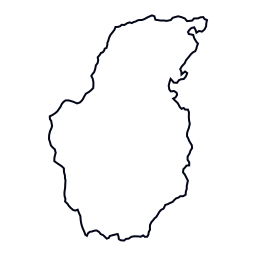 the district of Pouso Alegre, Minas Gerais, Brazil
{"feature_id": "56859067B30504998341327", "entity_name": "Pouso Alegre", "entity_type": "district", "adm_level": 2, "iso_a3": "BRA", "parent_name": "Brazil", "parent_adm1": "Minas Gerais", "projection": "robinson", "projection_center": [-45.929, -22.262], "detail": "fine", "context": "isolated", "style": "outline", "palette": "ink", "viewbox_px": 256, "rotation_deg": 0, "n_neighbors": 0, "source": "geoboundaries", "source_scale": "gbopen_adm2", "svg_char_len": 3207}
<svg xmlns="http://www.w3.org/2000/svg" viewBox="0 0 256 256"><path d="M65.1,201.5L67.4,203.7L69.0,206.1L70.9,208.1L73.2,210.0L75.3,210.6L77.7,209.7L78.8,212.6L80.4,216.2L80.6,219.2L81.0,222.4L81.7,225.3L82.4,227.5L83.6,230.3L84.6,232.6L85.3,234.7L86.9,235.8L88.0,233.3L89.7,231.9L92.3,231.4L94.7,230.6L96.7,230.5L99.0,231.9L100.8,234.2L103.1,235.1L105.0,236.9L106.7,238.6L108.7,238.0L109.8,236.0L112.6,235.2L115.0,234.6L117.7,234.0L118.5,236.4L118.8,239.0L120.5,240.2L123.9,240.6L126.1,238.9L128.7,238.6L131.4,236.8L134.2,236.3L138.1,236.4L140.8,236.7L143.1,235.4L144.9,236.8L147.2,236.7L148.4,234.6L148.8,231.9L150.0,229.7L149.9,227.4L150.0,225.0L151.4,222.1L153.2,220.1L154.5,218.4L156.4,216.8L157.5,215.0L159.2,212.1L160.9,210.0L163.6,208.6L165.3,204.9L167.7,204.2L169.8,203.1L172.6,201.9L174.4,199.9L176.2,198.3L178.3,197.7L180.3,196.2L183.1,196.2L185.6,194.8L185.9,191.4L186.8,188.7L186.7,186.4L187.2,183.8L187.9,180.7L186.6,178.1L184.9,174.7L183.0,172.3L183.4,169.2L185.2,167.3L186.5,165.6L189.2,165.4L189.2,162.3L187.6,159.8L187.6,156.6L189.5,153.6L190.5,150.6L192.1,148.1L191.8,145.2L190.3,142.8L188.9,140.3L188.1,138.0L187.0,136.2L187.1,133.0L187.9,130.4L188.8,128.2L189.3,125.9L189.8,123.8L189.1,120.6L188.8,116.9L188.9,114.4L188.9,112.1L187.9,109.6L185.2,109.6L183.7,108.0L181.5,108.8L179.8,107.0L177.8,103.2L174.7,100.2L173.2,98.6L175.5,97.4L177.1,94.9L176.6,92.7L174.0,91.0L170.8,91.4L169.3,89.4L168.7,85.7L169.5,82.3L170.6,78.9L172.4,80.8L173.7,82.6L177.0,82.8L179.0,80.1L181.0,79.3L183.7,79.0L185.1,77.4L186.2,75.8L187.2,73.1L185.1,71.5L183.1,73.1L181.5,74.5L181.4,71.9L180.2,69.1L182.0,66.1L184.6,63.4L186.1,60.1L188.9,56.8L191.1,54.0L193.2,52.2L195.2,51.2L196.4,48.7L196.9,46.3L198.0,43.6L196.6,42.2L194.2,38.2L193.2,34.9L190.7,34.4L188.8,34.0L188.0,32.0L189.4,29.9L191.3,28.1L194.2,27.3L195.5,29.8L196.4,32.7L199.0,31.0L202.0,31.6L204.5,29.5L206.1,26.3L206.3,23.2L207.0,20.0L204.7,19.2L203.2,17.1L200.5,17.3L197.9,18.4L196.0,18.4L193.9,18.5L192.2,20.6L189.4,20.9L187.0,21.1L184.9,18.5L181.7,17.2L178.2,16.3L175.4,17.0L172.7,17.8L170.8,20.0L168.7,20.5L166.4,20.9L164.0,20.5L160.2,20.5L157.4,20.0L155.4,19.7L154.4,16.3L152.0,15.4L148.7,16.8L146.6,17.8L144.4,19.1L141.9,20.0L139.7,20.0L137.8,20.3L135.9,21.4L133.5,22.1L131.8,23.1L129.7,22.4L127.2,23.2L124.4,25.0L121.7,24.8L120.0,26.3L117.9,26.9L115.5,27.0L114.4,29.9L112.3,32.6L110.4,35.0L109.1,37.7L108.3,40.7L107.4,42.7L107.3,45.0L106.5,47.9L104.7,48.7L104.1,50.7L102.8,52.3L101.0,52.9L99.7,55.0L97.7,57.3L98.2,60.2L97.6,63.1L95.9,65.3L95.2,69.0L94.2,72.0L92.4,74.2L91.3,76.0L92.6,78.4L93.4,82.0L93.4,85.5L93.2,88.1L91.3,90.0L89.0,91.9L85.9,93.7L84.1,96.7L83.0,99.0L81.6,100.9L79.8,102.5L77.1,103.4L73.6,101.9L70.5,100.9L68.5,100.4L65.6,100.4L63.4,102.0L61.6,104.3L60.7,106.5L59.1,108.8L57.2,111.5L54.8,113.5L52.1,115.2L49.8,116.3L49.9,119.0L51.2,121.0L51.6,123.4L52.1,126.0L51.4,128.3L50.2,130.8L49.5,133.3L49.1,135.5L49.0,139.1L49.9,141.8L50.9,145.4L52.8,147.6L54.8,149.3L55.7,152.8L55.0,155.2L54.4,157.9L54.3,161.1L57.0,163.1L59.4,164.7L61.7,166.2L63.9,168.4L64.0,172.3L64.9,175.3L65.0,178.1L65.5,180.6L65.3,183.3L65.1,187.9L64.6,191.1L64.4,193.2L64.6,196.2L65.4,198.7L65.1,201.5Z" fill="none" stroke="#020617" stroke-width="2"/></svg>